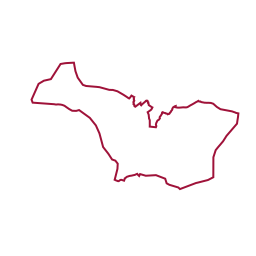 Irepodun/Ifelodun, Ekiti, Nigeria (Natural Earth projection), rotated 201°
{"feature_id": "59680162B16609728895319", "entity_name": "Irepodun/Ifelodun", "entity_type": "district", "adm_level": 2, "iso_a3": "NGA", "parent_name": "Nigeria", "parent_adm1": "Ekiti", "projection": "natural_earth1", "projection_center": [5.241, 7.714], "detail": "fine", "context": "isolated", "style": "outline", "palette": "rose", "viewbox_px": 256, "rotation_deg": 201, "n_neighbors": 0, "source": "geoboundaries", "source_scale": "gbopen_adm2", "svg_char_len": 3574}
<svg xmlns="http://www.w3.org/2000/svg" viewBox="0 0 256 256"><g transform="rotate(201 128 128)"><path d="M121.9,74.9L121.4,74.9L120.8,74.8L119.9,74.8L119.0,74.8L118.4,74.8L118.1,74.9L117.6,75.1L117.1,75.9L116.8,76.4L116.5,76.7L116.2,77.0L115.7,77.2L115.3,77.3L112.8,77.4L112.8,78.3L112.8,78.7L112.8,79.0L112.9,79.3L113.0,79.8L112.5,80.3L112.4,80.5L111.9,81.5L111.4,82.2L111.0,82.5L110.6,82.8L110.1,83.2L110.0,83.3L109.8,83.5L109.4,83.8L109.2,83.9L108.0,84.6L107.4,84.9L107.3,85.0L106.9,85.3L104.9,86.6L104.6,86.9L103.0,88.5L102.0,87.9L100.4,87.2L100.2,89.3L94.3,89.8L85.0,94.0L75.1,94.0L72.1,90.2L69.0,89.8L59.7,90.5L57.6,89.6L44.7,101.1L43.6,101.8L34.7,108.1L30.7,112.6L37.8,131.3L38.2,138.8L37.1,142.2L34.5,149.6L33.2,156.0L27.8,171.1L28.4,173.7L29.3,177.9L30.2,181.2L32.6,180.8L33.3,180.9L36.9,180.8L48.4,178.7L52.6,179.5L57.1,181.2L59.6,181.1L61.5,180.5L63.7,179.7L65.1,179.2L65.4,179.1L68.1,178.6L68.5,178.5L68.8,178.5L69.5,178.5L69.8,178.7L70.4,178.6L70.7,178.3L71.1,178.3L71.4,178.2L71.7,178.2L72.1,178.5L73.1,177.2L73.8,176.5L75.0,174.9L76.9,172.6L77.8,171.6L79.4,169.5L80.0,168.8L80.7,168.3L81.4,167.9L81.8,167.8L82.3,167.7L82.6,167.5L83.1,167.3L83.7,167.2L85.9,166.1L87.6,165.3L89.3,164.7L90.7,164.5L91.2,164.4L91.3,165.1L91.4,165.6L91.8,165.3L92.1,165.0L92.5,164.5L93.1,163.7L93.3,163.4L93.4,162.8L93.5,162.2L93.5,161.6L93.3,161.3L93.3,160.7L93.5,160.1L93.7,159.7L93.8,159.5L93.8,159.3L93.7,158.9L93.7,158.7L93.9,158.3L94.0,158.1L94.2,157.3L94.4,157.2L94.5,157.0L94.5,156.9L94.4,156.8L94.4,156.7L94.4,156.4L94.5,156.1L95.0,155.6L95.4,155.4L95.8,155.2L96.0,155.0L96.5,155.3L97.0,155.4L97.4,155.3L98.0,155.1L98.6,155.2L98.7,155.3L98.8,155.3L99.1,155.2L100.3,155.0L100.6,155.1L100.9,155.1L101.0,155.2L101.5,155.1L101.7,154.4L101.6,153.9L101.4,153.5L101.5,152.9L101.6,152.4L101.7,152.0L101.8,151.6L101.8,151.1L102.0,150.7L102.2,150.2L102.3,149.5L102.1,148.9L101.7,148.4L102.0,147.3L102.3,146.5L103.0,145.8L103.2,145.2L103.3,143.9L103.4,142.8L103.3,142.0L103.2,141.2L102.8,140.6L102.3,140.1L102.2,139.7L102.2,139.0L102.2,138.7L105.6,137.8L108.2,137.1L108.7,138.5L110.5,143.1L111.8,144.5L112.3,145.6L112.6,146.1L113.1,147.1L113.4,147.8L114.0,148.4L115.3,149.8L114.2,151.4L113.0,153.3L112.7,154.4L112.6,155.9L112.8,155.9L113.1,156.0L114.0,156.2L114.6,156.3L115.0,156.4L115.8,156.6L116.7,156.8L116.9,156.9L117.2,157.5L117.5,158.0L117.8,158.5L118.1,159.0L118.5,158.8L118.6,159.0L118.9,159.5L119.2,160.1L119.6,160.4L120.2,160.0L120.3,159.9L120.6,159.9L120.8,160.0L121.1,159.6L121.4,158.7L122.2,157.3L123.5,154.8L123.6,154.5L123.8,153.9L124.3,154.1L125.4,156.0L128.8,150.5L129.5,150.6L129.7,150.8L129.8,150.8L129.9,151.1L130.2,151.3L130.3,151.7L130.4,152.0L130.7,152.3L131.0,152.3L131.2,152.2L131.5,152.3L131.6,153.2L131.7,153.6L132.1,153.9L132.3,154.1L132.2,154.3L132.0,154.6L132.0,155.3L131.9,155.7L132.0,155.9L132.2,156.0L132.4,156.3L132.6,156.3L132.7,156.8L133.0,157.1L132.9,157.4L133.1,157.8L133.2,158.0L133.4,158.2L133.8,158.8L133.6,159.1L136.4,159.5L136.9,157.4L137.5,156.0L138.4,156.1L140.4,156.6L144.2,157.4L151.0,158.5L155.8,158.1L159.1,156.9L169.2,155.9L171.9,155.2L182.2,152.2L185.6,152.1L193.0,157.0L197.4,162.2L200.3,166.9L201.9,169.6L204.4,168.5L208.6,166.6L210.2,165.8L213.9,163.6L217.5,146.0L223.5,142.0L227.3,137.2L228.2,119.9L226.1,117.5L205.6,123.7L203.6,124.1L201.8,125.0L199.4,125.7L197.6,126.0L195.3,126.0L192.6,125.3L189.7,124.6L186.3,124.1L182.5,125.4L180.1,127.2L167.3,123.8L158.9,118.9L152.7,112.7L144.4,101.3L137.1,96.9L131.6,92.9L128.1,93.0L124.8,91.0L123.2,86.0L122.2,77.7L121.9,74.9Z" fill="none" stroke="#9f1239" stroke-width="2"/></g></svg>